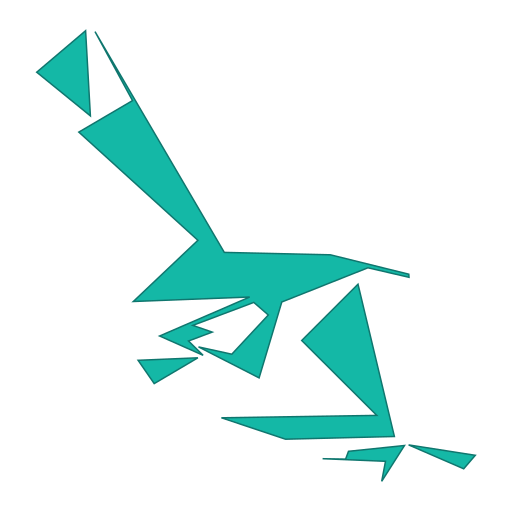 Magallanes y Antártica Chilena, Equal Earth projection
{"feature_id": "CHL-2692", "entity_name": "Magallanes y Antártica Chilena", "entity_type": "Region", "adm_level": 1, "iso_a3": "CHL", "parent_name": "Chile", "parent_adm1": "", "projection": "equal_earth", "projection_center": [-72.604, -52.278], "detail": "coarse", "context": "isolated", "style": "filled", "palette": "teal", "viewbox_px": 512, "rotation_deg": 0, "n_neighbors": 0, "source": "natural_earth", "source_scale": "10m", "svg_char_len": 714}
<svg xmlns="http://www.w3.org/2000/svg" viewBox="0 0 512 512"><path d="M95.0,31.6L224.3,252.4L330.4,254.8L408.8,274.2L409.0,277.3L367.9,267.8L281.8,302.0L259.1,377.9L198.5,346.9L231.8,354.2L268.3,315.0L253.8,302.4L192.8,325.4L212.2,332.1L188.5,341.0L203.1,355.3L159.6,336.0L249.7,297.0L133.3,301.5L197.9,240.3L78.8,132.1L132.5,100.6L95.0,31.6ZM394.4,436.5L285.5,439.2L221.4,417.8L376.8,415.4L301.7,340.5L358.0,284.2L394.4,436.5ZM90.4,115.9L36.7,72.2L85.6,30.7L90.4,115.9ZM404.5,445.5L381.7,481.3L385.5,461.3L322.6,458.7L345.6,459.1L348.5,451.3L404.5,445.5ZM197.9,357.8L154.2,383.6L138.1,360.3L197.9,357.8ZM463.7,468.8L408.6,444.9L475.3,455.3L463.7,468.8Z" fill="#14b8a6" stroke="#0f766e" stroke-width="1.5"/></svg>